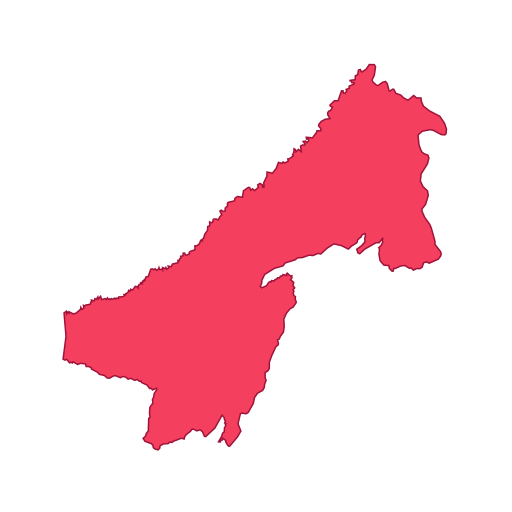 outline of Piedras, Tolima, Colombia, rotated 7°
{"feature_id": "7082276B38653982306093", "entity_name": "Piedras", "entity_type": "district", "adm_level": 2, "iso_a3": "COL", "parent_name": "Colombia", "parent_adm1": "Tolima", "projection": "robinson", "projection_center": [-74.942, 4.491], "detail": "fine", "context": "isolated", "style": "filled", "palette": "rose", "viewbox_px": 512, "rotation_deg": 7, "n_neighbors": 0, "source": "geoboundaries", "source_scale": "gbopen_adm2", "svg_char_len": 6084}
<svg xmlns="http://www.w3.org/2000/svg" viewBox="0 0 512 512"><g transform="rotate(7 256 256)"><path d="M400.5,79.0L396.1,79.6L393.0,77.4L388.4,82.4L386.9,82.6L382.8,80.8L380.3,78.7L374.9,77.4L372.4,73.7L371.2,73.8L369.0,75.9L368.0,75.8L365.2,68.8L363.2,67.0L360.4,68.2L356.5,71.8L355.0,71.9L350.9,69.1L349.7,67.3L351.4,62.0L351.6,53.6L350.1,51.6L345.1,52.2L342.6,57.1L338.8,60.4L338.0,60.3L336.9,58.2L335.5,58.6L334.9,59.6L334.9,63.5L332.6,65.1L333.0,68.9L327.3,70.4L329.2,70.8L330.0,72.3L332.2,72.0L332.4,73.3L327.7,76.1L328.1,78.2L325.1,79.7L326.0,81.1L324.6,83.6L322.8,83.5L322.3,81.5L320.8,81.6L318.5,92.0L315.0,92.3L311.0,97.2L311.2,98.0L313.7,98.9L312.3,102.5L310.4,103.5L309.7,105.2L310.1,107.3L312.7,110.6L308.1,111.8L304.4,114.4L302.4,117.5L302.3,119.3L304.9,121.7L305.0,123.8L301.2,124.2L301.2,125.6L297.7,131.8L291.4,132.0L291.9,133.8L293.8,133.4L294.2,135.2L292.8,137.3L291.3,135.9L288.8,136.6L291.1,138.9L290.8,140.0L288.7,140.1L286.8,141.5L288.3,146.9L285.1,145.0L283.0,147.7L282.1,145.5L280.7,144.9L280.9,148.6L279.9,151.1L280.7,152.3L277.2,155.4L275.7,155.8L276.5,158.0L273.0,160.2L271.5,159.3L270.4,160.9L266.9,160.3L265.3,166.8L262.2,171.8L256.7,171.3L257.1,175.4L254.7,182.4L255.6,186.7L254.2,186.8L253.4,184.4L251.0,183.5L249.0,185.2L250.0,187.5L246.6,191.3L244.4,189.7L242.7,191.3L241.4,188.8L240.1,188.8L235.6,192.8L235.4,199.3L230.3,199.2L228.1,201.3L227.9,203.9L221.8,206.1L221.2,207.4L221.7,209.7L219.6,212.2L219.9,215.0L217.8,215.8L215.9,214.7L214.7,215.8L217.0,219.4L215.3,221.5L214.1,224.8L212.0,224.1L209.2,224.6L208.8,227.9L207.6,228.4L205.8,227.8L206.4,231.5L204.4,232.7L204.8,236.4L202.5,240.5L201.8,244.8L200.4,246.2L200.9,247.6L199.2,247.2L198.3,250.8L196.2,252.9L194.1,253.4L194.7,257.2L190.1,259.5L189.3,260.6L189.8,261.9L186.8,263.7L185.8,263.6L184.8,261.8L183.4,262.0L183.4,264.8L181.2,265.5L181.7,267.0L180.5,268.2L180.2,270.1L179.1,269.9L179.2,272.3L174.1,274.1L173.1,277.0L170.1,276.7L170.9,278.3L168.8,280.1L167.9,278.3L167.0,279.6L164.7,278.8L165.1,281.5L164.1,280.5L162.0,281.3L161.1,279.3L160.7,281.0L159.1,282.4L157.5,280.9L156.3,282.1L154.9,281.4L153.2,281.9L151.5,289.5L149.3,290.2L148.9,292.5L148.0,292.9L148.6,294.1L146.8,294.4L146.9,295.7L145.7,296.1L146.3,297.3L144.9,296.9L145.2,297.7L143.5,298.5L142.7,300.3L142.9,302.1L141.8,301.0L139.9,300.8L137.8,304.5L136.8,304.9L135.7,304.2L135.2,306.3L133.8,305.6L133.3,308.0L131.3,309.3L131.3,310.4L129.7,310.4L130.3,311.4L128.8,312.7L124.7,313.4L124.7,314.9L123.0,314.7L121.8,315.8L121.0,315.0L118.5,316.5L117.5,315.9L116.4,317.2L115.6,316.4L114.6,316.9L113.6,315.7L112.8,317.5L111.4,316.6L108.2,318.1L106.6,314.9L104.7,317.9L104.0,315.9L102.9,318.4L101.3,317.9L100.9,320.3L98.0,319.8L98.5,321.4L97.7,321.8L97.4,324.1L93.0,325.4L92.2,326.5L90.8,326.0L91.4,328.6L89.7,330.3L88.4,328.4L88.3,330.4L84.2,334.8L81.7,335.7L77.4,334.2L77.3,335.5L76.1,334.5L75.2,336.5L74.5,334.0L72.4,335.9L77.2,358.9L77.1,381.9L79.0,382.6L80.7,381.7L84.0,384.8L85.4,384.0L86.7,384.6L87.3,383.3L92.2,385.4L95.0,383.9L99.9,383.9L100.9,386.4L103.6,386.1L106.2,387.1L106.5,388.3L113.2,390.8L114.7,392.5L120.1,393.1L122.9,395.1L125.4,395.2L129.0,392.5L131.0,391.9L136.4,393.3L138.1,391.9L141.3,392.0L144.0,393.8L146.7,392.7L150.8,394.2L153.0,393.1L155.7,394.6L157.1,394.2L157.8,395.5L163.5,397.3L166.6,400.5L168.4,400.1L169.5,401.6L173.4,399.4L173.7,400.9L171.7,405.0L171.7,408.2L170.7,411.1L171.6,414.5L169.1,419.1L169.5,425.6L170.5,428.9L169.3,430.3L170.4,442.8L168.7,445.5L168.3,448.3L166.2,450.7L168.3,453.4L175.2,455.1L177.0,456.9L177.4,458.7L179.1,459.8L182.4,460.4L184.0,458.2L183.6,456.9L184.3,455.8L187.0,453.8L191.7,452.9L193.2,451.2L195.4,451.3L196.5,450.0L204.1,446.0L207.0,446.4L207.2,444.2L208.6,441.7L212.3,438.0L213.5,435.7L215.7,435.6L218.5,436.8L221.8,435.3L224.4,437.1L226.7,441.2L228.1,441.4L236.2,431.7L241.7,418.2L244.2,420.3L244.5,422.1L245.8,423.5L245.2,425.5L246.7,426.2L246.1,426.8L246.6,428.7L245.6,430.2L245.9,434.3L244.4,436.0L243.9,439.2L241.4,445.0L243.3,444.9L243.5,443.2L245.0,442.7L245.2,441.0L248.3,442.7L248.8,444.5L251.0,447.3L252.4,448.2L253.2,447.8L259.7,437.8L262.3,431.6L258.6,424.7L259.7,414.6L260.7,413.7L265.4,413.8L267.3,412.3L271.3,402.7L271.8,396.6L274.3,391.9L278.9,388.7L280.2,385.6L280.2,381.9L281.2,378.4L279.9,375.6L279.3,370.6L281.9,368.5L282.9,366.0L282.2,359.8L283.8,352.8L286.8,343.6L288.9,341.4L288.9,339.9L287.5,336.6L289.3,335.5L289.9,332.8L292.5,328.3L292.6,322.4L291.3,315.4L293.2,309.0L296.4,304.1L299.1,302.2L301.7,297.1L300.2,294.0L300.1,291.5L298.4,290.7L297.5,288.4L297.9,286.3L296.9,285.0L298.3,282.9L296.4,280.9L296.6,277.5L293.2,275.4L294.3,273.6L294.0,271.2L292.8,271.8L289.1,269.2L288.5,269.8L288.7,271.6L285.1,271.1L284.7,272.4L282.7,273.0L282.0,274.8L280.0,275.0L279.4,276.4L277.7,277.1L277.3,278.5L274.4,278.5L273.9,280.1L273.0,279.8L271.7,280.8L270.1,284.2L265.7,286.8L264.0,285.7L265.0,282.2L264.8,279.3L266.9,273.2L275.8,266.0L284.0,262.5L285.9,259.3L295.2,255.1L297.6,252.7L302.2,251.9L308.6,248.7L312.5,248.6L317.2,245.9L320.1,246.1L325.7,239.5L331.8,234.5L339.6,235.3L346.8,237.9L349.5,234.6L354.5,230.5L355.0,227.5L358.1,224.1L358.3,222.5L361.0,220.5L361.6,220.5L362.1,222.5L361.8,225.7L362.5,228.5L359.5,233.0L355.2,237.0L356.8,240.5L358.7,241.1L363.0,236.0L373.5,228.2L376.6,227.8L379.8,222.5L379.5,225.1L380.1,226.9L378.6,230.8L376.8,232.8L377.7,233.8L377.8,239.2L379.7,245.5L384.1,249.5L389.1,249.3L389.8,252.0L392.9,254.5L393.9,254.4L394.4,251.5L395.8,251.4L400.8,248.3L404.8,247.3L409.8,249.5L411.6,249.0L414.0,250.9L417.0,248.9L420.3,248.6L422.3,246.8L423.1,242.6L423.9,241.8L426.9,241.1L428.6,242.1L437.4,236.9L439.3,233.4L439.6,231.4L438.5,229.0L432.2,222.7L431.9,219.7L426.5,206.7L424.4,203.2L418.7,197.1L415.5,191.7L414.9,189.3L418.0,184.1L419.6,174.9L418.3,170.5L413.2,166.7L410.0,161.5L409.9,154.4L414.9,143.7L415.7,137.7L414.4,135.0L410.4,134.0L408.0,132.6L406.6,130.6L404.2,125.7L402.2,117.0L402.5,115.6L405.8,111.9L413.5,109.4L416.5,109.6L425.1,112.9L428.6,112.8L429.7,111.5L429.6,106.9L427.0,101.4L421.4,94.9L410.6,90.9L403.9,86.9L401.2,82.2L400.5,79.0Z" fill="#f43f5e" stroke="#9f1239" stroke-width="1.5"/></g></svg>